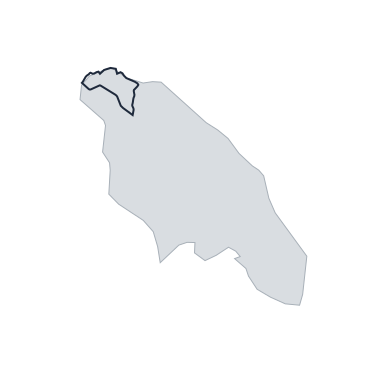 Hanover on a map of Jamaica (Equal Earth projection), rotated 32°
{"feature_id": "JAM-1371", "entity_name": "Hanover", "entity_type": "Parish", "adm_level": 1, "iso_a3": "JAM", "parent_name": "Jamaica", "parent_adm1": "", "projection": "equal_earth", "projection_center": [-78.136, 18.373], "detail": "fine", "context": "in_parent", "style": "outline", "palette": "slate", "viewbox_px": 384, "rotation_deg": 32, "n_neighbors": 0, "source": "natural_earth", "source_scale": "10m", "svg_char_len": 1388}
<svg xmlns="http://www.w3.org/2000/svg" viewBox="0 0 384 384"><g transform="rotate(32 192 192)"><path d="M194.2,127.5L211.5,134.4L229.3,137.9L237.0,138.1L244.2,140.3L260.5,156.6L273.6,165.6L323.4,185.6L340.1,220.2L343.2,231.0L330.4,237.4L314.3,239.6L298.8,240.0L284.5,233.4L278.3,228.3L263.4,225.9L267.1,221.2L260.5,219.0L252.2,219.5L246.1,232.8L239.4,243.3L226.4,242.3L221.3,233.3L214.5,237.3L209.0,244.0L202.5,268.8L191.8,256.5L180.2,246.2L165.7,241.9L136.4,241.2L122.6,237.9L111.1,216.9L106.6,210.9L95.0,205.5L83.4,181.4L79.3,178.1L48.1,173.0L41.7,159.9L43.6,148.0L54.0,133.4L59.1,129.3L76.3,129.9L92.8,125.5L100.1,119.3L107.6,115.2L167.3,125.7L181.1,125.8L194.2,127.5Z" fill="#d9dde1" stroke="#a8b0b8" stroke-width="1"/><path d="M40.8,157.8L41.0,156.4L40.8,150.7L41.1,149.1L42.1,146.8L42.3,145.4L42.8,144.6L45.0,144.4L46.3,143.3L47.5,141.0L48.9,139.5L51.3,140.5L52.8,135.1L57.1,130.0L62.1,127.9L65.8,131.4L67.9,128.3L70.1,128.2L72.7,129.4L76.0,130.2L85.1,128.8L88.2,128.8L89.7,129.6L89.7,131.4L89.6,131.9L88.7,136.2L88.9,136.9L89.4,137.6L91.7,140.1L91.9,140.6L92.3,141.5L92.5,142.9L92.9,144.1L94.5,147.8L95.2,149.9L95.5,150.3L96.0,150.8L98.0,152.1L98.7,152.9L99.1,153.6L100.9,158.2L89.0,157.3L85.9,156.6L78.1,150.8L76.9,150.3L75.5,150.1L58.0,150.2L57.2,150.5L51.9,158.5L51.2,159.2L50.4,159.4L49.7,159.4L42.0,158.0L40.8,157.8Z" fill="none" stroke="#1e293b" stroke-width="2"/></g></svg>